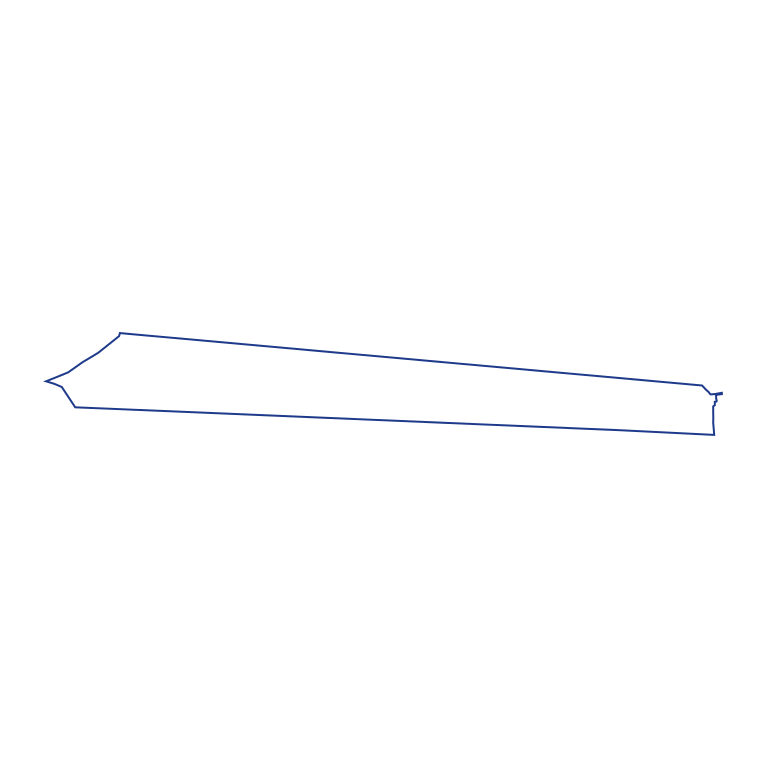 the district of Ngercheluuk, Ngiwal, Palau
{"feature_id": "81905179B58840706611886", "entity_name": "Ngercheluuk", "entity_type": "district", "adm_level": 2, "iso_a3": "PLW", "parent_name": "Palau", "parent_adm1": "Ngiwal", "projection": "mercator", "projection_center": [134.626, 7.558], "detail": "fine", "context": "isolated", "style": "outline", "palette": "blue", "viewbox_px": 768, "rotation_deg": 0, "n_neighbors": 0, "source": "geoboundaries", "source_scale": "gbopen_adm2", "svg_char_len": 551}
<svg xmlns="http://www.w3.org/2000/svg" viewBox="0 0 768 768"><path d="M46.1,381.3L54.5,383.9L61.8,387.0L75.2,407.3L619.7,430.2L714.2,434.9L714.0,432.4L713.6,427.5L713.2,423.1L713.3,418.2L713.2,412.0L713.2,406.4L714.8,405.2L714.8,401.8L716.5,401.5L716.7,400.4L716.2,398.9L716.1,396.0L715.9,394.9L721.9,394.1L721.8,392.8L714.7,394.1L713.7,394.1L712.3,394.3L710.4,394.3L708.3,391.7L707.1,390.7L705.6,389.3L703.5,387.0L702.1,385.5L119.9,333.1L119.1,336.1L98.2,352.8L82.7,362.1L68.1,372.4L46.1,381.3Z" fill="none" stroke="#1e3a8a" stroke-width="2"/></svg>